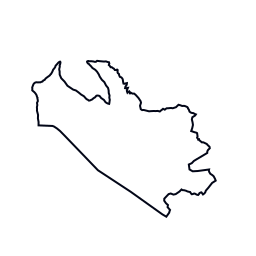 Imeko Afon, Ogun, Nigeria, rotated 308°
{"feature_id": "59680162B69679397491551", "entity_name": "Imeko Afon", "entity_type": "district", "adm_level": 2, "iso_a3": "NGA", "parent_name": "Nigeria", "parent_adm1": "Ogun", "projection": "orthographic", "projection_center": [2.936, 7.607], "detail": "fine", "context": "isolated", "style": "outline", "palette": "ink", "viewbox_px": 256, "rotation_deg": 308, "n_neighbors": 0, "source": "geoboundaries", "source_scale": "gbopen_adm2", "svg_char_len": 3907}
<svg xmlns="http://www.w3.org/2000/svg" viewBox="0 0 256 256"><g transform="rotate(308 128 128)"><path d="M75.0,55.9L83.1,67.2L83.6,68.7L83.9,72.3L83.8,76.3L82.7,84.5L76.2,130.3L79.4,169.3L81.1,208.2L81.7,212.8L86.6,212.6L88.2,211.9L89.3,211.6L90.0,207.9L91.9,206.9L92.1,204.2L93.0,201.3L94.7,200.1L100.9,200.7L102.7,202.0L103.5,204.8L105.3,206.3L109.7,207.7L112.5,208.0L112.6,209.2L113.5,210.5L114.3,212.4L114.6,213.9L115.1,215.0L115.8,216.4L115.4,217.4L115.2,218.0L115.1,219.1L116.1,219.9L116.8,220.2L117.4,220.9L117.8,223.2L118.4,224.5L119.5,224.6L120.7,224.4L122.1,225.1L122.5,225.5L121.8,228.0L123.6,228.5L125.2,228.4L126.5,227.9L130.4,228.1L132.4,228.1L134.4,228.1L136.5,228.1L140.5,229.5L141.5,227.9L142.7,225.2L142.8,223.4L142.6,221.1L143.3,219.2L144.3,217.8L145.2,217.4L137.0,209.4L133.7,205.6L133.2,202.0L136.7,198.4L139.5,199.9L142.6,200.2L145.8,201.4L157.1,205.8L158.1,205.1L158.7,204.8L160.1,204.6L161.3,204.8L162.4,204.9L163.4,203.8L163.6,201.3L163.9,200.0L163.7,198.9L163.3,197.2L163.2,196.6L162.9,195.8L162.2,195.2L162.2,193.8L162.3,192.9L162.2,192.1L162.2,191.8L162.4,191.6L162.5,191.4L162.8,191.0L162.6,190.9L162.1,190.4L162.5,190.0L162.7,189.6L162.7,189.1L162.9,188.4L164.2,188.0L166.5,185.6L166.3,184.5L165.7,183.2L164.5,179.7L167.4,178.7L170.4,177.3L172.2,175.4L174.1,173.0L176.1,172.1L179.2,173.2L180.5,173.1L180.2,172.2L180.2,171.9L179.9,170.2L179.3,169.3L178.8,167.9L178.8,166.4L180.0,164.5L180.1,164.1L180.3,163.2L180.8,162.7L181.0,161.8L180.5,159.8L180.0,158.6L178.7,157.1L178.2,155.4L177.8,154.4L177.4,153.5L173.9,153.0L172.9,152.3L171.1,151.1L170.3,149.6L168.4,147.6L167.4,146.4L165.9,145.8L165.1,145.7L164.7,143.8L162.8,143.4L161.8,143.1L161.7,143.1L160.6,142.9L159.8,141.0L158.5,139.5L156.9,137.4L155.5,135.8L154.1,134.3L153.0,131.8L151.9,129.3L150.8,128.1L150.7,126.5L152.9,123.8L155.9,122.7L156.9,121.4L158.1,117.8L158.8,113.8L158.9,111.7L157.8,110.3L157.7,109.2L157.5,108.8L156.7,108.5L156.4,108.1L156.9,107.6L157.4,107.5L157.2,106.9L157.6,106.4L156.8,105.9L155.5,105.8L156.1,104.8L156.7,104.1L157.4,103.8L159.6,103.2L159.1,102.7L158.2,102.3L157.6,101.2L159.0,100.5L160.5,100.5L162.0,100.0L162.7,99.5L161.6,98.6L160.7,98.0L160.2,97.1L161.2,95.9L163.1,93.9L163.5,93.0L163.8,91.6L163.3,90.1L164.1,88.6L165.0,87.6L165.0,86.2L165.5,85.4L167.3,84.2L167.3,83.4L166.5,83.2L165.6,81.9L166.1,80.3L165.9,79.3L165.9,77.7L165.2,76.9L165.8,75.1L165.8,74.1L166.5,73.8L167.3,73.6L168.1,72.5L167.6,71.7L166.9,69.6L165.6,68.2L163.2,64.5L161.9,62.3L160.4,61.9L159.6,60.9L159.1,59.7L157.8,57.6L157.2,57.0L156.8,56.4L156.5,55.7L156.2,55.3L155.7,55.0L155.3,54.8L155.2,54.8L154.9,55.0L154.5,55.7L154.4,56.2L154.2,56.6L154.3,57.1L154.4,57.7L154.2,58.3L153.9,60.9L153.4,63.0L153.7,66.5L153.3,69.0L152.2,72.1L151.1,74.1L149.9,77.7L149.6,81.1L148.0,84.5L147.3,87.6L145.7,89.6L143.7,91.3L142.3,93.4L140.4,94.6L139.0,96.3L137.2,97.3L136.3,97.9L135.4,98.3L134.9,97.2L134.6,95.8L134.5,94.4L135.3,91.8L135.1,88.3L135.7,86.0L135.5,85.2L135.0,84.3L134.5,83.6L133.8,83.2L133.0,83.2L131.7,83.1L130.3,82.5L128.5,82.2L126.2,81.0L125.5,80.3L125.5,78.7L125.2,77.7L125.4,76.3L125.9,73.7L125.5,70.5L125.6,67.1L125.5,63.8L124.5,61.2L124.0,54.3L125.5,49.4L126.1,44.8L128.0,41.3L130.6,39.2L131.6,37.9L132.5,37.3L133.7,36.8L134.6,36.3L135.3,35.5L136.2,35.4L136.8,35.0L137.7,34.7L138.3,34.2L138.5,33.7L138.1,33.3L136.8,32.9L134.8,32.8L132.5,32.6L131.2,33.1L129.4,33.2L127.9,33.1L125.9,33.7L124.6,33.9L123.2,34.1L122.5,33.9L121.4,34.0L120.2,33.7L118.6,33.2L116.2,32.6L114.6,32.7L113.3,32.0L111.9,32.0L111.2,31.4L110.1,30.9L109.2,29.7L108.5,29.0L107.7,27.7L106.7,26.9L105.2,26.5L104.1,26.6L102.4,27.1L100.9,27.6L100.1,28.4L99.4,28.9L98.7,29.4L98.6,31.1L98.6,32.1L98.3,33.6L97.8,35.2L97.2,36.3L96.7,36.8L96.3,37.6L96.2,38.0L95.5,38.4L95.0,39.1L94.4,39.7L93.7,40.4L91.8,40.8L91.1,41.5L90.3,42.4L88.3,43.4L87.0,44.6L85.6,45.6L82.9,49.1L80.1,51.1L77.7,53.8L75.0,55.9Z" fill="none" stroke="#020617" stroke-width="2"/></g></svg>